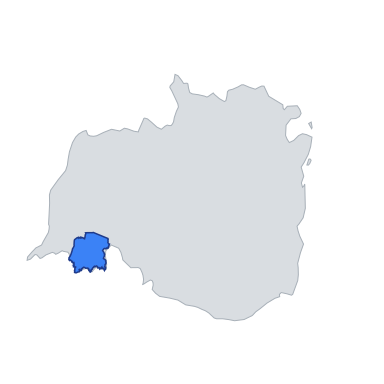 Siem Pang, Stœng Trêng, Cambodia (highlighted), rotated 202°
{"feature_id": "14789045B29647510840066", "entity_name": "Siem Pang", "entity_type": "district", "adm_level": 2, "iso_a3": "KHM", "parent_name": "Cambodia", "parent_adm1": "Stœng Trêng", "projection": "natural_earth1", "projection_center": [106.38, 14.216], "detail": "fine", "context": "in_parent", "style": "filled", "palette": "blue", "viewbox_px": 384, "rotation_deg": 202, "n_neighbors": 0, "source": "geoboundaries", "source_scale": "gbopen_adm2", "svg_char_len": 7484}
<svg xmlns="http://www.w3.org/2000/svg" viewBox="0 0 384 384"><g transform="rotate(202 192 192)"><path d="M319.3,66.9L320.1,70.1L318.0,76.2L315.8,81.7L311.6,86.5L311.4,90.1L310.0,100.6L310.6,104.0L311.5,106.9L312.9,108.4L316.5,118.8L319.8,128.2L323.1,135.9L323.7,140.8L320.7,153.2L317.2,164.5L317.6,170.2L319.1,175.9L320.7,183.4L321.3,193.1L320.4,199.4L318.8,203.3L315.8,207.3L313.2,209.4L310.0,206.0L307.5,205.8L304.1,206.8L301.5,208.4L296.1,214.3L290.1,220.0L281.8,221.5L278.6,225.8L275.2,226.4L268.6,226.6L264.3,227.6L264.5,229.7L264.2,239.8L264.2,242.2L263.6,242.8L260.6,243.1L255.6,241.5L248.8,239.0L243.9,238.7L241.5,243.1L240.0,244.8L238.1,245.0L236.2,245.8L235.6,247.8L235.4,250.2L236.3,254.4L236.7,261.1L236.4,265.7L238.2,268.5L248.6,278.2L251.7,280.6L252.0,282.1L250.2,287.3L251.8,294.7L248.6,294.6L243.1,291.4L240.5,289.5L237.4,291.0L236.3,290.7L234.2,287.1L231.4,283.4L228.5,283.1L222.5,284.6L216.3,285.6L213.9,285.6L213.0,286.3L209.4,291.8L207.9,290.9L201.6,288.8L195.9,288.0L194.8,289.4L195.5,293.9L196.7,298.3L196.0,300.2L192.8,302.5L188.7,306.7L186.2,309.9L184.4,310.7L178.1,310.6L171.8,311.0L169.3,314.0L167.0,316.4L164.9,317.1L156.7,309.5L140.5,306.9L138.7,303.5L137.2,302.9L135.7,307.2L126.7,311.4L123.0,308.9L120.3,305.8L120.7,302.1L123.3,299.0L127.7,296.9L129.8,289.2L126.4,279.4L123.5,276.5L120.3,274.3L117.0,277.9L114.3,284.2L111.4,287.4L107.3,288.1L101.3,287.8L99.0,278.5L98.3,270.5L99.1,261.4L100.1,256.0L94.3,248.5L94.0,241.4L91.3,237.8L90.5,239.6L90.5,241.6L89.8,240.2L80.8,219.3L79.3,209.7L80.9,202.2L81.8,199.7L79.2,195.8L75.5,191.4L69.1,185.5L68.7,176.3L67.3,165.4L65.3,161.8L62.4,155.1L60.8,149.5L60.3,134.8L61.1,133.6L65.7,133.2L71.6,132.2L72.6,129.8L71.5,127.8L75.3,124.5L80.8,117.2L85.0,109.6L88.0,104.8L89.8,100.1L95.9,93.3L104.3,88.6L110.0,87.5L115.9,86.0L121.6,83.7L124.3,83.5L131.3,86.2L135.1,86.9L139.1,86.9L143.3,87.2L146.9,86.9L155.5,85.0L164.6,86.5L172.8,85.3L182.9,83.1L187.9,84.5L192.4,86.7L193.1,91.1L194.1,93.2L195.6,94.8L197.6,94.8L200.2,91.6L202.4,88.4L203.1,87.8L203.2,89.4L204.2,92.9L206.2,96.3L208.1,98.6L211.3,101.6L213.5,101.8L220.4,98.9L230.7,103.1L232.0,105.2L235.3,109.4L238.9,112.4L247.0,112.6L249.9,105.2L248.5,100.6L243.9,92.7L242.7,88.0L244.1,87.2L251.9,86.3L253.2,85.4L254.9,80.3L257.0,80.8L261.4,81.5L266.0,78.0L268.7,74.3L270.1,76.0L271.8,78.6L273.5,80.1L276.8,82.3L280.5,85.4L282.7,88.5L284.5,89.7L289.2,88.8L290.4,88.9L293.1,85.2L295.0,83.2L296.6,83.8L298.9,83.7L303.8,79.0L306.5,74.7L308.0,73.5L312.4,75.6L314.1,75.2L316.6,69.3L319.3,66.9ZM96.0,266.2L95.1,266.8L94.3,266.7L93.4,265.9L93.5,262.5L94.2,260.5L95.6,260.1L96.0,266.2ZM109.5,299.2L107.7,301.5L104.8,296.8L104.8,295.5L109.5,299.2Z" fill="#d9dde1" stroke="#a8b0b8" stroke-width="1"/><path d="M281.3,85.5L281.2,85.3L281.3,85.1L281.4,84.9L281.4,84.7L281.0,84.2L281.0,83.7L280.9,83.7L280.7,83.5L280.7,83.3L280.7,83.2L280.4,82.9L280.1,82.7L279.8,82.6L279.6,83.1L279.6,83.3L279.3,83.4L278.9,83.3L278.8,83.0L278.7,83.0L278.1,83.0L277.9,83.0L277.8,82.8L277.7,82.7L277.5,82.8L277.3,82.6L276.8,82.4L276.7,82.5L276.6,82.2L276.7,81.9L276.3,81.9L276.2,82.0L276.0,81.9L275.7,82.0L275.5,81.9L275.1,82.2L275.0,81.5L275.0,81.3L274.6,81.3L274.6,81.1L274.4,80.8L274.3,80.6L274.2,80.4L274.2,80.1L274.4,79.9L274.2,79.9L274.3,79.7L274.2,79.4L274.2,79.1L273.9,79.2L273.7,79.2L273.7,78.9L273.6,78.7L273.6,78.4L273.4,78.5L273.2,78.4L272.9,78.6L272.7,78.5L272.2,78.8L271.8,78.9L271.7,78.6L271.7,78.4L271.9,78.1L272.1,77.6L272.1,77.4L271.9,77.1L271.7,76.8L271.6,76.7L271.7,76.2L271.5,75.9L271.5,75.1L271.4,75.0L271.2,74.9L271.3,74.8L271.0,74.5L270.9,73.6L270.7,73.4L270.2,73.5L269.7,73.5L269.2,73.7L268.7,74.0L268.5,74.3L268.4,74.5L268.0,74.9L267.5,75.3L267.0,75.5L266.7,75.7L266.5,76.1L266.6,76.5L266.9,76.9L267.4,77.5L267.6,77.8L267.4,78.1L267.2,78.2L265.7,77.4L265.4,77.5L265.2,77.8L265.1,78.0L265.2,78.6L265.3,79.0L265.6,79.2L265.7,79.4L265.6,79.5L265.4,79.9L264.8,80.3L264.7,80.4L264.7,80.5L264.8,80.9L264.7,81.1L264.3,81.6L264.2,81.7L263.3,81.8L262.8,81.7L262.5,81.6L262.2,81.5L261.3,81.9L260.8,82.0L260.4,82.2L260.2,82.4L259.9,82.3L259.7,82.3L259.4,82.3L259.2,82.1L259.2,81.8L259.1,81.7L258.9,81.7L258.6,81.7L258.4,81.3L258.4,81.0L258.3,80.7L258.2,80.7L257.9,80.5L257.7,80.6L257.5,80.4L257.4,80.2L257.1,80.1L257.0,80.5L256.9,80.4L256.9,80.1L256.6,79.6L256.3,79.6L256.2,79.8L256.2,80.0L256.1,80.6L255.9,80.8L255.7,81.1L255.8,81.2L255.9,81.5L256.1,81.8L256.3,82.2L256.1,82.5L255.9,82.4L255.9,82.5L255.9,82.9L255.5,83.1L255.5,83.6L255.6,83.9L255.5,84.0L255.5,84.8L255.2,85.0L254.9,85.8L255.0,86.1L254.9,86.2L254.6,86.7L254.3,86.7L254.0,86.4L253.9,86.3L253.7,86.5L253.2,87.3L253.0,87.6L252.3,87.6L251.7,87.4L251.5,87.2L251.4,86.7L251.2,86.5L251.0,86.4L250.9,86.3L250.7,86.4L250.3,86.7L250.0,87.0L249.8,87.1L249.2,86.7L248.9,86.2L248.8,86.5L248.5,86.3L248.4,86.4L248.2,86.4L248.0,86.7L247.8,86.8L247.9,87.1L247.9,87.4L248.0,87.6L247.8,88.0L247.6,88.4L247.4,87.9L247.1,87.6L246.8,87.7L246.7,87.6L246.6,88.0L246.2,87.7L246.0,87.8L245.9,88.0L245.5,87.9L245.3,88.0L245.1,87.9L244.6,87.3L244.5,87.1L244.3,86.9L244.2,86.7L243.8,86.4L243.8,86.8L243.6,87.0L243.6,87.3L243.5,87.5L243.4,87.7L243.5,87.8L243.7,88.0L243.5,88.6L243.5,89.1L243.8,89.4L243.8,89.7L243.9,89.9L244.2,89.9L244.4,89.7L244.5,89.7L244.9,89.8L245.0,90.0L244.9,90.2L244.9,90.6L245.0,91.0L245.1,91.5L245.3,91.8L245.3,92.0L245.4,92.3L245.1,92.7L245.0,92.8L245.0,93.0L245.1,93.4L245.1,93.7L245.1,93.8L245.3,93.9L245.3,94.0L245.4,94.6L245.5,94.7L245.6,95.0L245.8,95.1L246.1,95.4L246.3,95.8L246.2,96.1L246.3,96.2L246.6,96.5L246.8,96.6L247.0,96.6L247.4,96.8L247.7,96.8L248.0,97.0L248.9,97.0L249.0,97.1L249.3,97.3L249.3,97.9L249.3,98.9L249.2,99.5L249.4,100.2L249.7,100.9L249.7,101.4L249.7,101.6L250.0,101.9L250.3,102.0L250.5,102.2L250.8,102.6L250.9,102.8L251.0,102.9L251.0,103.0L251.3,103.2L251.8,103.4L251.9,103.5L252.1,103.7L252.3,103.8L252.5,103.9L253.0,104.3L252.8,105.1L252.6,105.4L252.6,105.5L252.6,105.8L252.5,106.1L252.4,106.2L252.4,106.5L252.2,106.7L252.1,106.8L251.8,107.0L251.6,107.0L251.0,107.2L250.7,107.0L250.3,107.3L250.0,107.7L250.1,108.0L249.8,108.1L249.8,108.3L249.7,108.4L248.9,108.4L248.8,108.6L248.7,109.1L248.9,109.7L249.0,109.8L248.8,110.0L248.9,110.4L248.9,110.8L249.0,111.2L248.9,111.7L248.9,112.2L249.0,112.8L249.4,112.7L249.9,112.7L250.2,113.0L251.0,113.6L251.2,113.8L251.2,114.0L251.2,114.5L251.3,114.7L251.9,115.9L251.9,116.2L252.0,116.4L252.0,116.7L252.4,116.9L252.4,117.1L252.5,117.4L268.4,117.5L269.2,116.9L270.6,116.4L272.9,115.4L274.2,114.9L275.4,114.3L274.9,113.8L274.8,113.4L274.8,113.0L274.8,112.9L274.9,112.7L274.9,112.4L274.9,112.2L274.9,111.9L274.5,111.4L274.5,111.0L274.5,110.8L274.5,110.6L274.4,110.4L274.4,110.1L274.3,109.9L274.2,109.8L274.2,109.5L274.2,109.4L274.2,109.2L274.3,109.3L274.4,109.1L274.4,108.9L274.4,108.6L274.3,108.4L275.1,108.4L275.2,108.5L275.3,108.5L275.5,108.5L275.8,108.6L276.0,108.8L276.3,108.8L276.6,108.6L276.7,108.4L276.9,108.3L277.0,108.2L277.2,108.3L277.3,108.3L277.4,108.2L277.4,108.3L277.5,108.3L277.6,108.2L277.8,108.2L278.0,108.1L278.3,108.2L278.3,108.3L278.6,108.2L278.8,107.9L278.8,108.0L278.9,107.9L278.9,107.7L279.1,107.7L279.3,107.4L279.5,107.4L279.8,107.2L280.2,106.8L280.3,106.9L280.4,107.0L280.4,106.9L280.5,106.9L280.8,106.9L281.0,106.8L281.3,106.5L281.5,106.4L282.3,105.0L282.8,104.2L283.0,103.8L283.0,103.2L282.6,101.8L281.5,98.6L281.3,98.4L281.1,98.0L281.2,96.2L281.2,95.8L281.4,95.3L281.5,94.3L281.5,94.2L281.3,93.9L281.1,92.1L280.9,89.2L280.9,87.0L281.0,86.8L281.0,86.4L281.3,85.5Z" fill="#3b82f6" stroke="#1e3a8a" stroke-width="1.5"/></g></svg>